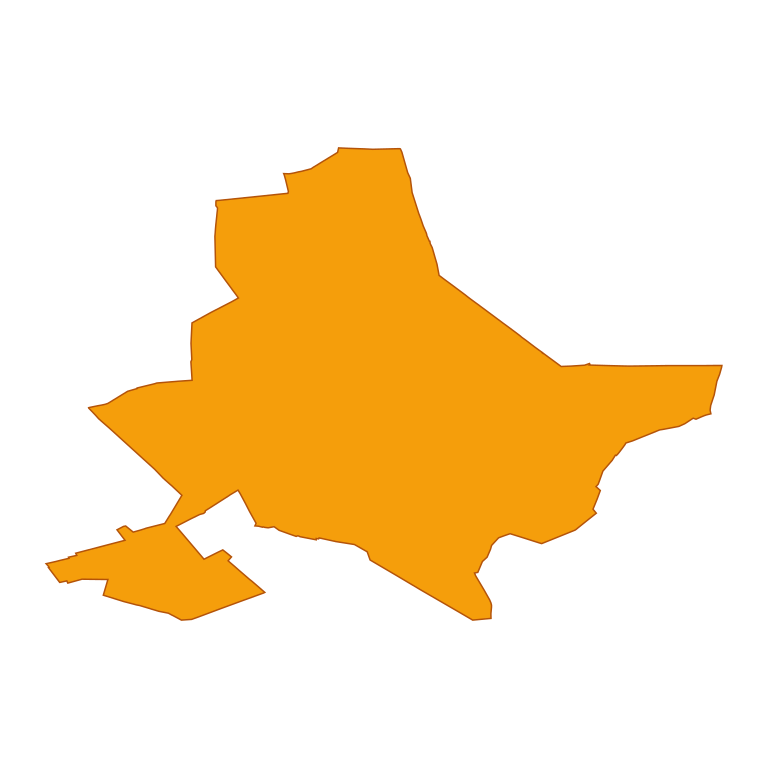 Talsi, Talsi, Latvia (Robinson projection)
{"feature_id": "27541924B77419719767083", "entity_name": "Talsi", "entity_type": "district", "adm_level": 2, "iso_a3": "LVA", "parent_name": "Latvia", "parent_adm1": "Talsi", "projection": "robinson", "projection_center": [22.584, 57.246], "detail": "fine", "context": "isolated", "style": "filled", "palette": "amber", "viewbox_px": 768, "rotation_deg": 0, "n_neighbors": 0, "source": "geoboundaries", "source_scale": "gbopen_adm2", "svg_char_len": 4296}
<svg xmlns="http://www.w3.org/2000/svg" viewBox="0 0 768 768"><path d="M338.6,147.9L337.6,152.4L321.4,162.3L313.1,167.4L311.7,168.4L311.1,168.8L309.2,169.3L301.9,171.2L301.6,171.3L298.3,171.9L294.3,172.9L291.1,173.5L288.8,173.8L283.7,173.6L284.2,174.8L285.6,179.8L288.4,191.5L287.9,193.3L219.9,200.3L216.2,200.6L215.9,201.8L215.9,205.7L216.1,206.1L216.4,206.5L216.8,206.9L217.1,207.3L217.4,207.7L217.5,208.1L217.4,209.9L217.3,211.0L217.1,212.5L216.7,216.7L216.2,221.3L216.0,223.3L215.9,224.0L215.5,228.5L215.2,232.9L214.9,236.3L215.6,266.9L218.3,270.6L221.1,274.4L226.2,281.4L231.4,288.4L232.1,289.4L232.9,290.5L235.7,294.2L238.4,298.0L233.2,300.9L231.2,302.0L211.2,312.3L192.0,322.9L191.3,337.2L191.0,343.4L191.8,359.6L190.9,361.8L192.1,380.3L177.3,381.3L176.5,381.4L170.2,381.9L157.0,383.0L156.5,383.1L155.1,383.6L151.5,384.5L138.7,387.6L137.1,388.0L137.2,388.5L135.9,388.9L127.6,391.3L107.9,403.4L105.2,404.3L101.5,405.1L98.1,405.7L90.2,407.3L88.6,407.7L88.7,408.1L91.8,411.3L95.7,415.4L98.7,418.8L99.9,419.8L101.2,421.0L108.9,427.7L132.0,448.7L154.7,469.3L163.4,478.4L170.5,484.7L171.6,485.6L181.9,495.3L177.4,502.8L175.5,506.0L170.4,514.5L169.5,515.8L165.1,522.9L164.7,523.5L146.1,528.2L144.5,528.8L140.0,530.2L133.2,532.1L125.7,526.0L123.5,526.4L117.0,529.8L125.0,540.3L75.7,553.2L76.8,555.4L68.5,557.2L69.0,558.3L60.1,560.4L55.8,561.5L46.1,563.7L48.2,566.0L49.1,567.4L48.5,567.6L49.9,569.5L59.7,582.4L60.4,582.3L66.8,580.9L67.8,583.1L82.0,579.2L107.9,579.5L103.3,595.2L123.9,601.6L133.5,604.1L136.4,604.9L139.6,605.5L144.6,607.0L150.3,608.7L151.1,609.0L154.2,609.9L158.8,611.3L168.4,613.2L172.1,615.2L172.8,615.5L177.1,617.8L181.4,620.1L191.6,619.4L197.5,617.3L220.8,608.6L242.9,600.5L263.6,593.0L264.8,592.4L256.3,585.0L252.1,581.4L250.6,580.2L249.8,579.6L247.6,577.7L245.4,575.8L243.2,573.9L238.8,570.1L234.5,566.3L229.8,562.3L228.1,560.8L231.5,556.9L227.5,553.6L222.8,549.9L218.0,552.2L204.0,559.2L196.7,550.6L183.1,534.6L176.1,526.4L180.6,524.1L190.9,518.8L199.7,514.5L203.7,513.4L205.2,512.0L205.3,510.8L218.3,502.5L218.6,502.3L228.9,495.7L230.0,494.9L238.0,490.1L240.2,493.7L245.2,503.0L249.6,511.6L256.1,523.3L254.9,525.9L258.5,526.2L262.5,527.2L263.1,526.9L264.8,527.4L268.2,527.8L274.1,526.7L279.1,530.3L289.9,534.2L296.2,536.4L297.7,535.8L298.7,536.0L300.0,536.7L316.2,539.8L316.2,538.5L318.5,538.9L318.9,538.6L319.1,537.9L325.0,539.2L326.9,539.6L333.7,541.1L334.4,541.2L335.4,541.5L354.4,544.5L367.2,551.8L370.1,560.0L396.5,575.5L420.7,589.9L458.5,611.8L472.7,620.1L491.0,618.4L490.9,613.7L491.5,607.2L491.5,605.1L490.9,602.8L489.7,600.0L487.4,595.9L484.3,590.4L475.7,575.9L474.5,573.0L476.1,572.7L477.8,572.4L482.4,561.5L487.1,557.2L490.5,549.3L491.6,545.4L498.6,537.8L504.3,535.7L510.1,533.7L524.2,538.1L538.3,542.6L539.6,543.0L540.9,543.4L541.7,543.6L575.1,530.1L576.5,529.1L577.8,528.0L587.0,520.6L596.3,513.2L593.0,509.2L597.2,498.9L600.3,490.5L597.8,488.2L596.0,486.6L598.2,484.2L599.6,480.4L602.9,471.1L612.2,460.3L615.4,455.2L616.4,455.5L618.2,453.6L621.7,449.1L624.8,444.9L625.9,443.0L632.5,440.9L638.4,438.5L659.7,429.9L663.0,429.4L678.9,426.4L684.8,423.7L693.2,418.2L694.0,418.5L696.0,419.2L701.7,416.7L704.2,415.7L706.5,414.9L710.9,413.8L710.1,410.2L710.7,405.5L712.7,399.4L714.2,394.9L716.9,381.2L719.6,374.3L721.6,367.3L721.9,365.5L717.4,365.5L714.5,365.5L704.6,365.6L668.3,365.6L654.7,365.8L629.0,366.1L619.6,365.9L608.2,365.6L590.7,365.1L589.9,365.0L590.1,364.9L589.5,363.5L584.6,365.2L580.2,365.5L571.0,366.1L563.0,366.4L561.2,366.5L553.6,360.9L550.2,358.4L548.4,357.1L543.7,353.6L543.3,353.3L543.1,353.5L542.2,352.8L542.1,352.7L542.3,352.5L538.8,350.0L534.3,346.7L533.3,345.9L530.9,344.1L525.8,340.2L521.8,337.3L520.2,335.9L515.6,332.4L512.9,330.4L507.4,326.3L503.0,323.1L498.5,319.7L498.3,319.6L493.9,316.3L489.3,312.9L484.9,309.6L480.4,306.3L479.0,305.2L475.8,302.9L470.5,299.0L467.6,296.8L465.5,295.1L459.5,290.6L443.2,278.5L439.1,275.4L438.5,272.2L438.0,269.6L437.0,264.2L435.0,257.4L434.1,254.2L433.0,250.4L432.2,247.6L430.2,243.6L429.9,241.3L429.4,241.3L427.3,236.5L426.8,235.4L426.7,234.3L426.2,232.8L423.2,225.9L421.0,219.4L419.7,215.9L418.8,213.6L412.1,192.5L411.9,190.8L410.3,178.3L407.7,172.7L401.9,152.2L400.4,148.9L399.8,148.7L397.6,148.7L372.7,149.3L364.5,148.9L347.5,148.3L338.6,147.9Z" fill="#f59e0b" stroke="#b45309" stroke-width="1.5"/></svg>